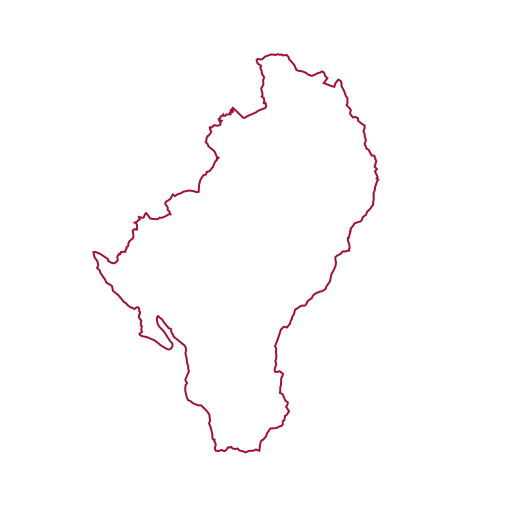 outline of Calimanesti, Vâlcea, Romania, rotated 247°
{"feature_id": "2599482B79862201668906", "entity_name": "Calimanesti", "entity_type": "district", "adm_level": 2, "iso_a3": "ROU", "parent_name": "Romania", "parent_adm1": "Vâlcea", "projection": "mercator", "projection_center": [24.315, 45.264], "detail": "fine", "context": "isolated", "style": "outline", "palette": "rose", "viewbox_px": 512, "rotation_deg": 247, "n_neighbors": 0, "source": "geoboundaries", "source_scale": "gbopen_adm2", "svg_char_len": 6117}
<svg xmlns="http://www.w3.org/2000/svg" viewBox="0 0 512 512"><g transform="rotate(247 256 256)"><path d="M383.1,391.6L388.8,385.9L391.7,391.2L395.0,389.9L397.4,390.3L399.0,389.9L400.2,388.6L399.8,387.1L400.2,384.1L399.8,382.0L400.0,381.2L399.9,378.4L400.4,377.0L401.4,376.4L402.2,375.1L404.4,374.0L406.8,372.0L408.6,369.8L409.6,367.8L411.5,365.9L416.9,365.9L424.5,363.3L426.3,363.7L428.9,362.9L430.2,359.1L431.5,358.3L432.0,356.4L433.2,355.1L433.5,352.1L434.2,351.6L435.6,348.6L436.0,342.1L434.7,338.6L435.1,336.9L436.5,335.1L436.6,333.9L435.9,333.0L432.5,332.7L429.5,334.8L428.6,334.9L427.7,333.6L427.1,333.4L424.6,333.5L420.5,332.6L419.2,333.2L416.9,333.2L415.4,331.4L410.8,329.7L408.3,326.3L403.1,325.4L401.5,324.8L400.6,323.5L398.4,324.9L395.0,324.1L393.8,322.8L393.5,322.9L393.2,324.3L392.4,324.6L391.6,324.1L390.3,324.1L389.1,323.2L388.6,321.6L388.9,316.2L388.6,313.2L388.2,312.3L388.1,302.5L387.6,300.3L387.7,298.9L388.9,298.0L401.5,292.6L401.0,291.7L400.3,291.7L400.2,291.1L397.9,291.6L398.8,291.0L397.9,291.1L397.7,290.3L398.9,290.2L399.7,289.6L398.3,289.0L398.2,288.1L396.9,288.2L396.4,287.9L397.9,283.8L397.1,282.4L398.0,280.7L398.9,281.0L398.3,279.6L398.3,277.9L396.9,277.1L396.7,275.3L395.5,275.5L395.3,274.2L395.2,275.4L393.9,277.3L393.5,276.8L393.7,276.2L393.3,275.1L391.8,275.2L391.0,274.8L390.7,273.8L390.8,272.1L391.4,270.5L392.9,268.6L392.1,267.4L392.2,266.4L391.6,265.2L391.8,264.4L392.5,264.1L392.4,263.7L390.3,263.1L388.4,263.5L387.7,263.3L385.4,259.8L385.2,258.1L384.5,257.8L384.1,256.7L381.4,255.3L380.9,254.4L380.0,254.2L378.5,255.1L375.5,255.1L368.6,258.7L361.8,258.7L361.3,258.3L361.4,259.7L361.0,259.9L360.7,258.3L359.7,257.7L358.9,255.3L354.4,250.7L354.1,249.5L353.2,248.3L352.2,246.0L352.7,243.4L351.7,242.9L350.6,241.5L350.8,238.9L347.9,234.7L344.4,231.8L337.5,228.3L337.8,226.6L340.7,223.0L342.4,220.1L343.6,214.3L343.1,211.0L343.5,207.9L342.8,205.0L345.1,203.4L342.2,199.8L341.6,197.9L341.1,194.1L340.0,193.0L338.4,193.0L335.5,193.7L332.8,192.7L331.1,193.6L327.8,193.5L328.5,192.1L327.9,187.7L328.0,184.1L329.0,182.3L328.3,180.2L329.4,177.4L331.7,173.4L338.3,171.8L338.4,171.1L337.6,170.0L335.3,167.6L335.8,166.0L337.6,163.5L335.2,163.3L335.4,162.8L334.2,160.2L334.0,157.5L332.9,158.6L330.8,158.5L328.4,157.6L328.1,157.1L327.1,157.0L326.8,156.4L328.2,154.6L327.7,152.6L322.3,151.0L320.6,150.0L319.3,145.8L318.0,143.9L315.1,142.2L314.6,140.2L313.5,139.9L312.4,138.3L310.9,137.4L312.0,134.8L311.9,133.6L312.3,133.1L310.7,131.6L310.7,131.0L311.4,130.7L310.5,129.1L309.4,128.0L306.0,127.1L304.9,124.5L304.7,122.4L306.1,120.4L309.2,118.0L310.6,118.5L311.8,118.0L318.7,113.5L322.1,110.2L322.9,108.9L323.0,107.8L318.0,106.9L313.2,107.9L309.7,107.4L308.7,106.9L307.1,105.0L304.1,106.5L301.5,106.2L293.0,107.9L289.8,107.9L286.6,110.5L284.4,111.7L279.9,110.7L273.4,114.1L265.0,116.6L263.4,117.9L261.4,118.4L257.6,120.5L256.8,121.8L254.7,123.4L255.4,126.2L254.8,127.4L253.4,127.9L250.6,126.9L249.7,127.3L248.9,127.0L247.5,125.8L247.4,125.3L245.8,124.4L242.8,124.6L241.5,125.2L238.2,123.2L237.1,123.0L236.0,123.5L233.0,121.6L230.9,121.5L230.3,120.3L230.1,118.5L229.3,118.2L228.4,118.4L226.7,119.9L224.1,123.7L218.0,129.7L210.2,133.9L205.6,137.4L204.2,138.8L203.8,140.3L204.1,141.9L205.7,143.8L207.3,144.6L208.6,144.7L211.1,143.7L222.8,141.7L228.3,139.5L231.7,138.9L236.2,139.8L238.1,141.0L239.0,142.3L233.9,144.9L229.4,145.6L228.4,146.2L227.1,146.3L225.3,147.1L223.7,147.3L222.5,148.9L221.7,149.2L219.6,148.5L217.6,148.4L215.8,148.9L214.7,148.6L213.7,148.8L201.3,155.4L198.7,155.5L195.7,154.3L193.8,152.9L189.7,152.3L183.5,150.6L181.1,150.6L178.2,149.4L176.3,149.4L169.9,142.7L168.5,142.5L166.2,143.0L165.5,142.3L164.7,140.8L161.9,139.2L159.3,138.2L153.2,137.1L150.0,137.1L147.9,139.1L145.4,140.2L141.1,144.4L140.0,147.1L132.5,150.2L128.4,151.1L122.8,149.5L121.7,148.9L120.5,147.4L115.9,147.3L108.2,146.0L107.2,145.3L105.1,144.7L103.6,145.0L103.2,146.1L101.4,145.2L100.1,145.5L98.0,145.2L95.2,143.0L92.7,142.7L91.1,145.3L90.8,148.7L89.2,150.1L88.6,151.1L89.6,153.9L90.8,155.2L90.0,156.7L90.1,158.4L87.8,159.4L86.5,161.4L85.9,163.9L83.5,164.7L81.4,167.6L79.3,169.7L79.3,173.6L77.8,177.4L77.9,180.3L75.4,183.0L80.5,185.9L83.5,188.1L84.2,189.7L84.0,190.5L85.7,194.1L86.3,195.1L88.2,196.5L91.6,201.8L89.6,207.6L89.9,209.8L89.7,213.5L90.6,214.8L93.4,216.1L93.8,217.9L97.5,220.3L97.6,221.9L100.2,225.8L105.4,224.8L107.2,227.2L109.0,228.1L111.3,226.5L118.4,226.5L120.7,224.5L122.2,225.6L125.8,227.1L127.4,228.5L133.8,231.6L135.9,234.2L137.1,234.8L140.7,232.7L141.1,229.9L141.7,228.5L142.2,228.3L144.1,228.7L148.8,232.5L151.4,232.6L154.7,235.1L157.9,236.4L159.2,236.5L163.0,238.5L165.5,238.2L170.8,243.5L178.6,250.2L179.8,253.5L179.5,255.2L178.3,256.1L178.1,256.8L179.5,258.9L180.0,260.4L182.8,262.7L183.9,264.4L185.4,265.1L187.9,268.5L190.8,270.5L191.6,271.7L191.4,272.9L192.2,275.6L192.5,278.6L191.3,281.3L191.3,282.1L192.9,284.6L194.2,285.7L195.7,291.4L197.1,292.6L197.9,294.5L198.2,296.6L198.3,300.3L197.7,303.6L198.2,305.1L198.3,307.0L200.2,308.6L203.8,314.2L210.1,318.6L212.6,322.0L215.9,325.4L219.0,327.2L222.5,327.9L224.1,328.9L224.9,332.1L224.7,334.1L226.1,337.2L226.2,338.3L225.2,339.9L225.2,342.3L224.5,343.9L226.0,344.3L226.8,345.3L229.8,346.3L234.5,346.7L236.7,347.7L236.4,348.3L240.7,351.7L242.0,352.1L242.1,353.0L244.1,353.7L246.6,358.4L247.6,359.5L247.0,366.0L248.0,367.8L249.9,369.2L251.0,373.4L253.3,375.5L254.9,379.9L255.8,380.9L257.5,384.0L258.8,384.3L262.2,386.6L265.5,387.7L266.0,388.3L267.8,388.6L270.6,391.4L272.3,392.1L274.4,393.9L278.1,397.2L278.4,398.3L280.3,397.4L281.0,398.7L281.4,398.8L287.4,398.6L288.7,401.3L291.9,400.1L296.4,403.9L298.2,403.6L299.3,404.0L302.0,404.0L302.6,403.4L303.3,401.7L309.7,401.2L311.7,399.6L314.3,399.9L316.2,399.6L317.3,400.1L318.1,401.2L320.0,402.6L322.8,402.6L326.2,403.7L328.7,403.6L331.3,405.9L333.6,407.0L336.7,404.8L340.2,403.0L341.4,402.9L343.0,403.7L345.4,401.5L345.5,399.8L345.9,399.3L349.7,398.2L351.2,398.7L352.9,400.1L354.4,400.3L359.5,398.3L360.5,399.6L365.7,401.9L368.4,401.2L373.2,401.6L379.2,401.1L381.0,402.1L384.0,402.4L386.2,400.6L384.1,396.8L381.1,394.2L383.1,391.6Z" fill="none" stroke="#9f1239" stroke-width="2"/></g></svg>